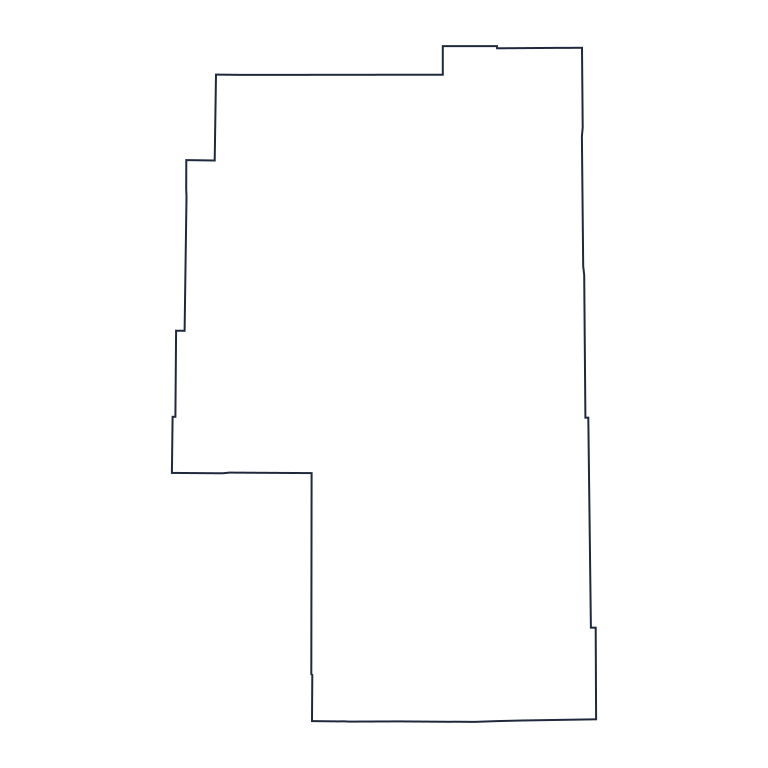 Harney, Oregon, United States of America (orthographic projection)
{"feature_id": "52423323B63966770736551", "entity_name": "Harney", "entity_type": "district", "adm_level": 2, "iso_a3": "USA", "parent_name": "United States of America", "parent_adm1": "Oregon", "projection": "orthographic", "projection_center": [-119.059, 43.02], "detail": "fine", "context": "isolated", "style": "outline", "palette": "slate", "viewbox_px": 768, "rotation_deg": 0, "n_neighbors": 0, "source": "geoboundaries", "source_scale": "gbopen_adm2", "svg_char_len": 646}
<svg xmlns="http://www.w3.org/2000/svg" viewBox="0 0 768 768"><path d="M244.0,74.9L216.0,74.6L214.7,160.5L186.3,160.1L186.2,188.7L186.5,197.2L184.6,330.8L176.1,330.7L175.4,416.8L172.6,416.8L171.9,472.9L222.5,473.3L229.4,472.6L311.6,473.1L311.3,674.2L312.3,675.0L312.0,721.1L320.7,721.2L338.6,721.4L343.3,721.3L349.1,721.6L399.7,721.4L449.9,721.8L454.4,721.7L454.7,721.7L474.1,721.9L497.3,721.1L521.9,720.5L596.1,719.3L595.7,627.7L590.9,627.7L588.3,417.7L585.4,417.7L584.2,274.9L583.2,266.4L581.9,136.3L582.7,127.6L582.0,47.8L553.6,47.9L497.1,48.3L497.0,46.1L442.8,46.1L442.8,74.7L244.0,74.9Z" fill="none" stroke="#1e293b" stroke-width="2"/></svg>